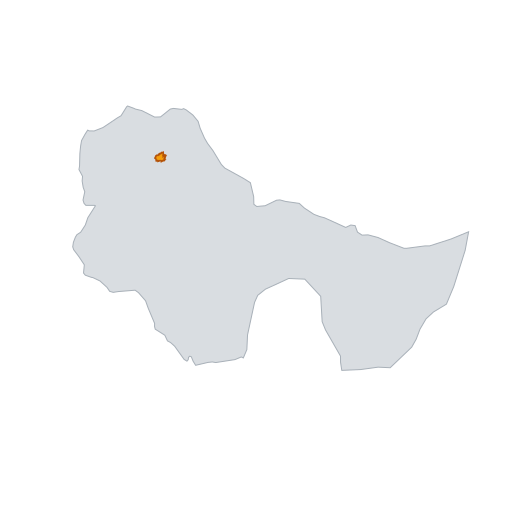 Aizkalnes pag., Preilu, Latvia shown in context, rotated 196°
{"feature_id": "27541924B10227546219094", "entity_name": "Aizkalnes pag.", "entity_type": "district", "adm_level": 2, "iso_a3": "LVA", "parent_name": "Latvia", "parent_adm1": "Preilu", "projection": "mercator", "projection_center": [26.738, 56.2], "detail": "fine", "context": "in_parent", "style": "filled", "palette": "amber", "viewbox_px": 512, "rotation_deg": 196, "n_neighbors": 0, "source": "geoboundaries", "source_scale": "gbopen_adm2", "svg_char_len": 4312}
<svg xmlns="http://www.w3.org/2000/svg" viewBox="0 0 512 512"><g transform="rotate(196 256 256)"><path d="M366.2,377.7L363.4,377.2L355.5,374.1L348.8,369.5L344.9,363.4L338.0,355.1L333.5,350.8L326.4,345.4L314.5,334.4L310.2,331.9L289.2,327.1L281.6,324.9L274.6,312.4L272.3,305.1L268.9,303.8L265.1,305.3L261.1,306.8L251.6,315.3L248.5,316.5L242.6,316.6L228.9,318.5L222.7,315.4L211.8,312.0L205.9,311.5L200.7,311.6L177.6,308.2L173.4,311.9L169.1,312.5L165.0,306.9L159.8,305.3L154.1,307.2L143.8,307.4L131.5,305.6L115.9,304.2L113.6,304.8L96.3,312.3L92.0,313.5L73.2,326.1L58.3,337.9L56.5,319.0L57.5,281.1L59.7,262.2L70.0,251.1L75.2,242.5L78.2,230.9L79.1,220.2L81.2,211.3L96.2,185.6L108.0,182.8L124.1,175.7L142.0,169.7L145.5,177.3L147.2,183.1L168.8,204.1L174.3,211.1L182.7,235.1L202.7,247.2L218.4,243.4L225.2,237.5L237.8,226.7L243.5,218.7L244.6,211.0L242.4,177.9L239.0,163.5L240.1,154.5L242.3,154.9L247.7,150.6L265.3,142.5L268.8,142.1L272.8,140.5L283.9,134.3L287.5,137.6L290.4,141.3L292.1,141.4L292.9,140.0L292.6,137.6L293.4,135.9L296.6,136.8L309.4,146.9L314.4,149.3L317.7,150.0L321.8,154.7L332.7,157.9L334.1,160.3L334.9,163.3L345.2,176.1L349.8,182.5L358.9,188.4L362.8,189.8L378.7,183.8L383.2,181.7L386.9,181.7L390.6,184.8L399.1,189.0L406.9,190.3L408.3,190.1L414.8,190.5L417.1,192.1L418.6,200.2L426.1,206.6L433.0,211.8L434.7,214.3L435.3,218.9L434.8,224.4L434.0,227.2L431.1,230.5L428.6,238.7L428.2,246.5L424.2,260.0L425.1,260.2L433.5,257.8L435.8,259.2L437.7,262.1L438.3,270.6L441.0,274.3L443.8,280.2L444.7,284.8L450.0,290.3L450.4,293.8L453.6,306.2L454.9,313.4L455.5,318.9L453.9,325.9L452.5,330.6L450.8,330.3L446.0,331.6L438.5,337.3L427.3,350.6L424.4,353.6L421.5,363.7L420.8,364.8L414.2,364.3L412.5,364.0L405.9,364.3L391.7,361.6L386.1,363.4L378.9,373.6L376.1,375.1L367.7,376.5L366.2,377.7Z" fill="#d9dde1" stroke="#a8b0b8" stroke-width="1"/><path d="M370.4,327.7L371.0,327.5L371.1,327.9L371.4,327.7L371.6,327.8L371.7,328.0L371.8,328.0L371.7,327.3L371.4,327.3L371.7,327.1L371.8,327.0L372.0,327.0L372.6,326.3L372.6,326.5L372.8,326.7L372.9,326.8L373.0,326.8L373.2,327.0L373.2,327.3L373.1,327.5L373.2,327.8L373.2,328.0L373.2,328.3L373.2,328.5L373.3,328.5L373.4,328.8L373.4,329.0L373.5,329.1L373.6,329.3L373.6,329.5L373.6,329.8L373.7,330.0L373.8,329.8L373.8,329.7L374.1,329.6L374.5,329.4L374.7,329.5L374.8,329.5L375.0,329.7L375.2,329.4L375.2,329.2L375.3,328.9L375.4,329.0L375.5,328.9L375.7,328.7L375.9,328.6L376.0,328.6L376.1,328.4L376.0,328.2L376.3,328.0L376.2,328.0L376.3,327.9L376.3,328.0L376.5,328.1L376.8,328.0L376.7,328.0L376.7,327.9L376.8,327.9L376.8,327.7L377.0,327.6L377.0,327.4L377.0,327.2L376.9,327.2L377.0,327.1L376.9,327.1L377.0,327.0L376.9,326.9L377.0,326.8L376.9,326.8L377.0,326.8L377.0,326.6L377.3,326.5L377.4,326.4L377.6,326.1L377.7,325.9L377.8,325.7L378.0,325.6L378.8,325.6L379.1,325.6L379.3,325.4L379.3,325.2L379.5,325.1L379.6,324.9L379.7,324.7L379.8,324.7L379.9,324.4L379.9,324.2L379.7,324.0L379.5,323.8L379.5,323.7L379.7,323.4L379.8,323.4L380.0,323.3L380.0,323.1L380.2,322.5L380.2,322.2L379.9,322.0L379.0,321.8L378.9,321.7L378.8,321.4L378.7,321.3L378.7,321.1L378.5,320.7L378.4,320.5L378.2,319.9L377.8,320.0L377.4,320.0L377.2,320.1L377.3,320.2L377.2,320.2L377.2,320.3L377.3,320.4L377.3,320.5L377.2,320.5L377.1,320.4L377.0,320.5L376.8,320.7L376.7,320.6L376.4,320.5L376.2,320.4L376.0,320.5L376.0,320.4L375.9,320.5L375.8,320.4L375.7,320.5L375.4,320.8L375.2,320.8L375.0,321.0L374.9,321.0L374.7,321.2L374.7,321.3L374.7,321.2L374.6,321.3L374.5,321.2L374.4,321.2L374.2,321.2L373.5,321.2L373.3,321.3L373.3,321.2L373.2,321.0L372.9,321.0L372.7,321.0L372.7,320.9L372.6,321.0L372.4,321.2L372.3,321.3L372.2,321.4L372.1,321.5L371.9,321.7L371.9,321.8L372.0,321.8L372.1,322.0L371.6,322.2L371.1,322.2L370.9,322.1L370.7,322.2L370.5,322.3L370.4,322.5L370.5,322.6L370.5,322.9L370.4,323.0L370.5,323.1L370.5,323.3L370.4,323.3L370.5,323.3L370.4,323.4L370.5,323.4L370.5,323.5L370.2,323.8L370.3,324.1L370.6,323.9L370.9,323.9L370.9,324.1L370.9,324.4L370.8,324.5L370.8,324.4L370.8,324.5L370.7,324.5L370.5,324.8L370.5,324.7L370.6,324.8L371.2,324.9L371.2,325.0L371.0,325.4L370.9,325.3L370.8,325.2L370.7,325.2L370.5,325.3L370.6,325.7L370.7,325.8L370.8,325.9L370.8,326.0L370.7,326.0L370.7,326.3L370.8,326.4L370.5,326.8L370.5,327.0L370.4,327.1L370.5,327.3L370.4,327.6L370.4,327.7Z" fill="#f59e0b" stroke="#b45309" stroke-width="1.5"/></g></svg>